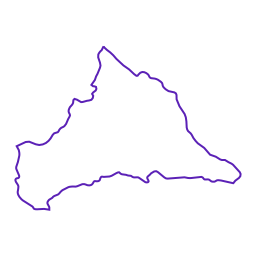 Cerro Largo, Albers equal-area conic projection
{"feature_id": "URY-12", "entity_name": "Cerro Largo", "entity_type": "Department", "adm_level": 1, "iso_a3": "URY", "parent_name": "Uruguay", "parent_adm1": "", "projection": "albers", "projection_center": [-54.394, -32.345], "detail": "fine", "context": "isolated", "style": "outline", "palette": "violet", "viewbox_px": 256, "rotation_deg": 0, "n_neighbors": 0, "source": "natural_earth", "source_scale": "10m", "svg_char_len": 3460}
<svg xmlns="http://www.w3.org/2000/svg" viewBox="0 0 256 256"><path d="M103.7,46.3L104.1,47.3L106.9,49.9L110.2,52.4L113.3,55.3L116.4,58.9L123.4,65.4L129.1,69.4L134.1,74.1L136.4,75.8L137.6,75.7L138.5,74.5L140.4,72.7L142.3,72.0L144.3,72.2L146.3,73.1L148.0,74.4L148.6,75.2L149.5,77.0L150.4,77.9L151.4,78.2L154.8,78.6L156.5,79.1L158.0,79.8L160.9,81.8L162.1,83.1L162.5,84.4L162.7,85.6L163.3,86.9L164.4,88.1L165.7,89.3L168.5,91.1L174.4,92.4L175.9,93.4L176.5,95.0L176.6,99.3L179.5,106.3L184.6,114.0L185.8,117.3L186.4,121.4L186.7,127.5L187.2,129.5L188.1,131.1L190.7,133.4L191.7,134.8L193.4,138.0L195.5,140.8L197.8,143.3L204.2,147.9L210.1,154.7L215.8,156.7L220.1,159.4L221.8,160.0L225.0,160.0L228.4,162.1L231.6,163.7L233.1,164.8L239.8,172.2L240.6,174.0L240.3,176.2L239.0,177.9L235.3,180.7L233.3,183.2L233.2,183.2L221.1,180.5L218.6,180.2L217.8,180.2L216.8,180.4L215.1,181.4L214.3,181.7L213.4,181.7L212.1,181.6L211.3,181.3L210.7,180.9L209.3,179.8L208.6,179.5L207.5,179.4L205.6,179.5L204.5,179.4L203.9,179.0L203.2,178.1L202.8,177.6L202.3,177.3L201.9,177.1L201.4,176.9L190.5,178.1L188.1,178.0L184.5,177.3L167.7,178.6L166.7,178.5L165.8,178.3L165.3,178.0L164.2,177.3L157.9,172.1L156.8,171.5L156.2,171.2L155.3,171.3L154.1,171.5L151.3,173.2L150.8,173.6L150.2,174.4L148.0,176.3L147.6,176.7L147.3,177.3L147.2,177.9L147.4,178.5L147.6,179.0L148.2,180.1L148.4,180.6L148.6,181.2L148.3,181.9L147.7,182.3L146.3,182.4L145.5,182.2L144.9,181.9L144.4,181.5L139.0,177.8L138.4,177.5L137.8,177.3L137.1,177.3L135.0,177.4L134.2,177.4L133.5,177.3L132.9,177.1L132.3,176.8L131.4,176.1L130.8,175.8L128.0,175.5L125.9,174.8L122.1,174.3L121.4,174.1L120.9,173.8L120.4,173.5L119.5,172.6L119.1,172.3L118.1,172.4L116.6,173.0L111.6,175.8L109.5,176.5L103.8,176.9L102.4,176.7L101.7,176.7L101.0,177.1L100.4,178.1L99.9,179.6L99.7,180.2L99.1,180.7L98.4,181.1L96.9,181.3L96.0,181.2L95.3,181.1L94.7,181.1L94.1,181.4L93.6,182.0L92.9,183.3L92.2,184.2L91.6,184.7L90.8,185.1L89.2,185.4L88.3,185.3L87.4,185.2L85.6,184.5L84.2,184.1L82.9,184.1L82.0,184.3L77.3,186.2L75.7,186.6L72.4,186.5L69.6,186.8L68.3,187.2L62.4,190.2L60.7,191.7L59.2,193.5L58.3,194.3L57.8,194.6L54.3,196.0L53.1,196.8L52.4,197.7L51.7,198.2L49.5,199.5L49.0,199.9L48.4,200.6L47.8,201.5L47.5,202.2L47.4,203.1L47.7,204.1L49.1,206.7L49.3,207.5L49.3,209.7L44.1,208.9L36.9,209.3L35.3,209.2L34.2,208.9L33.8,208.5L32.7,206.8L32.4,206.5L22.8,200.4L21.4,199.2L19.5,197.0L18.4,195.1L17.9,193.8L17.7,192.5L17.7,191.8L18.2,188.9L18.4,186.7L18.3,186.0L18.1,185.4L17.7,184.6L16.0,182.0L15.6,181.0L15.4,180.1L15.5,179.5L15.8,179.0L16.2,178.6L16.8,178.3L18.1,178.1L18.6,177.8L19.0,177.4L19.2,176.7L19.2,176.0L19.0,175.3L16.4,169.2L16.2,168.5L16.2,167.1L16.6,165.8L17.9,162.0L19.3,155.7L19.4,154.2L19.3,152.7L18.8,150.1L16.7,146.2L25.7,142.0L29.2,141.7L35.8,144.3L39.2,145.0L42.8,144.4L45.9,143.0L48.5,140.9L50.6,138.4L52.7,134.9L54.2,133.3L57.8,132.2L58.6,131.2L59.3,129.8L60.3,128.6L61.3,127.8L63.4,126.8L64.4,126.1L66.1,123.9L68.2,119.0L69.6,116.5L70.0,115.2L69.6,113.9L68.9,112.6L68.6,111.3L68.7,110.1L69.1,108.9L69.9,107.2L72.3,104.5L73.1,102.9L73.4,100.1L74.5,98.9L77.0,99.7L81.1,102.1L82.6,102.0L84.8,101.4L86.9,100.8L89.0,100.5L91.4,99.8L92.8,98.0L93.2,95.8L92.1,93.9L93.1,92.5L95.7,90.5L96.4,88.9L96.0,86.9L94.7,86.4L93.0,86.2L91.4,84.9L94.9,79.9L96.1,76.4L97.5,73.8L100.0,67.7L100.5,65.6L100.0,62.7L98.2,57.4L98.3,54.5L98.9,53.3L99.8,52.0L100.8,50.9L101.5,50.4L101.8,49.9L103.2,47.0L103.7,46.4L103.7,46.3Z" fill="none" stroke="#5b21b6" stroke-width="2"/></svg>